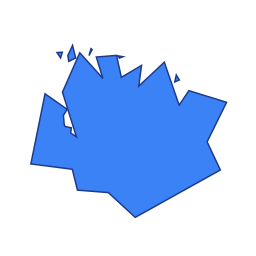 outline of Zhejiang, rotated 262°
{"feature_id": "CHN-1820", "entity_name": "Zhejiang", "entity_type": "Province", "adm_level": 1, "iso_a3": "CHN", "parent_name": "China", "parent_adm1": "", "projection": "natural_earth1", "projection_center": [120.785, 29.18], "detail": "coarse", "context": "isolated", "style": "filled", "palette": "blue", "viewbox_px": 256, "rotation_deg": 262, "n_neighbors": 0, "source": "natural_earth", "source_scale": "10m", "svg_char_len": 733}
<svg xmlns="http://www.w3.org/2000/svg" viewBox="0 0 256 256"><g transform="rotate(262 128 128)"><path d="M173.4,50.6L155.0,70.3L149.4,65.8L140.2,65.3L138.2,66.0L136.1,71.9L131.0,70.6L126.4,75.7L172.6,68.1L209.2,90.7L180.6,110.0L202.7,106.5L201.5,126.7L179.1,128.5L188.1,150.1L168.0,144.5L188.1,173.1L143.5,181.8L156.5,193.5L139.7,229.2L103.3,204.4L73.6,213.6L38.5,122.7L66.8,99.5L73.5,69.3L94.9,67.1L105.9,26.8L173.4,50.6ZM217.5,84.6L204.6,85.9L202.2,78.6L208.1,78.5L217.5,84.6ZM167.1,180.7L173.8,183.2L168.4,185.5L167.1,180.7ZM212.6,68.2L212.2,73.5L206.8,71.0L212.6,68.2ZM205.2,99.5L211.7,102.4L210.7,103.4L205.2,99.5ZM200.8,128.2L199.3,133.0L198.4,129.2L200.8,128.2Z" fill="#3b82f6" stroke="#1e3a8a" stroke-width="1.5"/></g></svg>